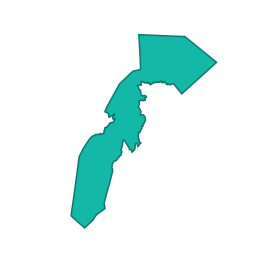 Asunción Tlacolulita, Oaxaca, Mexico, rotated 32°
{"feature_id": "50627088B55334990083111", "entity_name": "Asunción Tlacolulita", "entity_type": "district", "adm_level": 2, "iso_a3": "MEX", "parent_name": "Mexico", "parent_adm1": "Oaxaca", "projection": "equal_earth", "projection_center": [-95.763, 16.21], "detail": "fine", "context": "isolated", "style": "filled", "palette": "teal", "viewbox_px": 256, "rotation_deg": 32, "n_neighbors": 0, "source": "geoboundaries", "source_scale": "gbopen_adm2", "svg_char_len": 5810}
<svg xmlns="http://www.w3.org/2000/svg" viewBox="0 0 256 256"><g transform="rotate(32 128 128)"><path d="M127.4,20.3L127.3,20.6L116.7,26.7L87.7,43.1L99.5,59.7L107.6,71.6L102.0,77.4L97.5,95.0L98.9,121.6L99.8,126.4L100.0,126.4L100.5,126.4L100.8,126.5L103.6,125.9L104.0,126.1L104.8,127.6L106.1,128.8L106.6,128.8L106.8,128.2L107.1,127.6L107.1,127.0L108.1,126.0L108.6,124.7L108.8,123.4L109.1,123.5L109.4,123.6L109.6,124.0L109.6,124.5L109.5,125.4L109.4,126.3L109.4,127.0L109.6,127.6L110.1,128.1L110.7,128.3L111.7,127.6L111.9,127.0L112.2,126.9L112.5,127.2L112.5,127.7L112.1,128.0L111.9,128.6L112.7,129.3L112.5,129.8L112.6,130.6L112.4,131.0L111.9,131.2L111.9,131.6L111.5,131.6L111.5,132.1L111.3,132.5L111.2,132.5L110.6,132.6L110.4,132.7L110.2,133.1L110.2,133.4L110.4,133.6L110.2,133.7L109.9,134.1L110.0,134.3L110.2,134.6L110.0,134.8L110.0,135.3L110.0,135.5L110.3,135.7L110.0,136.0L109.9,136.2L109.8,137.1L109.6,137.9L109.6,138.2L109.4,138.8L108.9,139.2L108.6,139.3L108.6,139.8L108.4,140.1L108.7,140.2L109.0,140.2L109.0,140.4L108.9,140.4L108.7,140.7L109.0,141.5L108.9,142.3L109.2,142.3L109.2,142.6L109.4,143.0L109.5,143.4L109.7,143.5L109.8,143.4L109.9,143.5L110.1,144.3L110.0,144.5L109.9,144.7L109.9,144.8L109.9,145.1L110.0,145.3L110.0,145.6L109.7,145.9L109.9,146.5L109.9,146.8L109.4,147.0L109.2,147.3L108.8,147.2L108.5,147.4L108.1,147.6L107.8,147.5L107.7,147.6L107.4,147.5L106.9,148.0L106.7,149.0L106.4,149.0L106.1,149.4L105.8,149.6L105.4,150.0L105.0,149.9L103.7,150.9L103.8,151.1L103.7,151.9L103.4,152.3L103.0,152.5L102.9,152.8L102.6,153.0L102.4,153.5L101.3,156.4L100.9,168.5L101.7,177.7L103.1,181.2L108.3,192.5L119.4,217.1L123.4,226.3L126.4,232.7L138.9,234.9L140.3,235.0L144.2,235.7L146.9,225.4L147.1,220.2L147.2,218.2L151.2,208.4L147.4,204.1L140.7,181.6L137.8,172.6L137.4,172.0L137.2,171.9L137.1,171.7L136.9,171.7L136.3,171.1L136.2,170.6L135.8,170.6L135.6,170.4L135.3,170.1L135.1,169.6L135.1,169.3L134.5,168.5L134.3,168.1L134.1,167.0L133.5,166.0L133.7,165.7L133.6,165.2L133.6,164.5L133.7,164.1L133.8,163.4L134.5,162.8L134.8,162.6L135.0,162.2L135.4,161.8L135.5,161.1L135.4,159.9L135.3,159.2L135.4,158.6L136.0,156.8L135.8,156.0L136.4,155.0L136.2,153.9L135.9,153.4L135.7,152.2L135.3,152.2L135.2,151.3L135.0,150.8L134.7,150.7L133.8,150.3L133.1,149.6L133.2,148.9L133.2,148.7L133.2,148.3L133.0,147.2L132.9,146.6L132.5,146.2L132.3,145.5L132.0,144.6L131.6,144.2L131.6,143.6L131.5,143.4L131.2,143.3L131.0,142.6L130.7,142.6L130.2,142.0L130.2,141.1L130.4,140.9L131.0,140.9L131.0,140.4L131.4,140.4L132.1,140.4L132.8,140.6L133.2,141.3L133.6,141.5L135.3,142.0L135.7,142.6L136.3,142.5L136.6,142.7L137.3,142.9L137.5,143.5L138.5,143.4L138.9,143.7L139.2,144.2L139.8,144.7L140.1,145.2L140.5,145.3L141.2,145.2L141.6,145.3L142.4,145.1L142.7,144.8L143.0,145.2L143.7,145.8L143.8,146.2L144.2,146.4L145.0,143.5L144.8,142.0L144.7,141.6L144.3,141.2L144.3,140.6L144.0,140.6L144.0,140.3L143.6,139.9L143.5,138.8L143.1,138.8L143.1,138.5L142.7,138.1L142.8,137.2L143.0,137.0L143.1,136.6L143.4,136.3L143.7,136.2L143.9,136.3L144.2,136.6L145.0,137.4L145.8,138.1L146.1,138.5L146.3,138.0L146.3,137.5L146.4,137.0L146.4,136.6L146.1,136.1L146.0,135.8L146.1,135.4L146.5,135.3L146.6,134.9L146.5,134.4L146.8,134.1L146.8,133.8L146.8,133.7L146.7,133.7L146.6,133.8L146.5,134.1L146.4,134.3L146.0,134.4L145.5,134.1L145.2,133.8L145.0,133.6L144.8,133.6L144.6,133.5L144.6,133.2L144.3,132.6L144.0,132.6L143.8,132.7L143.4,132.4L143.4,132.1L143.2,131.8L142.8,131.5L142.5,131.5L142.3,131.4L142.1,130.7L141.8,130.5L141.5,130.0L141.0,129.6L140.6,129.0L140.3,128.4L140.3,128.0L140.2,127.8L140.1,127.3L139.9,126.8L140.0,126.4L139.9,126.1L139.3,125.9L139.3,125.7L139.5,125.6L139.6,125.3L139.7,125.2L140.0,125.3L140.2,125.1L140.4,125.0L140.4,124.9L140.3,124.5L140.1,124.0L140.1,123.5L139.9,123.0L139.8,122.8L139.9,122.5L139.7,122.2L139.7,121.7L139.9,121.2L139.8,120.8L139.5,120.6L139.5,120.3L139.2,120.1L139.0,119.9L138.9,119.7L139.0,119.4L139.7,118.9L139.8,118.6L139.7,118.5L139.3,118.6L138.8,118.6L138.8,118.4L138.8,118.1L139.0,117.8L139.1,117.6L139.0,117.3L139.0,117.0L139.0,116.5L138.9,116.2L138.8,115.2L138.9,114.9L139.0,114.9L139.2,115.0L139.2,114.8L138.9,114.5L138.9,114.2L138.9,113.8L138.8,113.1L138.5,112.1L138.4,111.7L137.9,111.0L137.6,110.6L137.2,110.1L136.8,109.8L135.6,109.2L134.9,108.9L134.0,108.8L133.5,109.0L133.0,109.2L132.2,109.8L131.8,110.0L131.5,110.0L131.1,109.6L130.7,108.1L130.3,107.2L127.8,105.6L127.1,105.2L125.7,104.7L125.4,104.3L125.1,102.3L124.8,101.5L124.4,100.8L123.7,100.1L123.3,99.7L123.0,99.5L123.0,99.2L123.4,99.0L123.6,98.7L124.4,97.4L125.4,97.1L125.9,97.0L126.4,96.8L127.0,96.3L127.5,95.8L127.8,95.2L127.6,94.7L127.3,94.6L126.7,94.7L126.3,94.5L126.2,94.3L126.3,94.0L126.4,93.6L126.8,93.0L127.4,92.4L127.0,91.9L126.2,91.4L125.2,91.5L124.3,92.1L123.5,93.1L122.3,93.0L121.1,92.4L120.3,91.5L119.6,90.5L118.5,89.4L117.4,89.5L116.2,88.8L114.7,87.2L113.6,87.0L115.3,85.3L116.5,84.5L114.5,81.7L114.9,81.6L115.0,81.2L115.4,81.1L115.6,81.5L116.1,81.2L116.1,80.9L116.4,80.7L116.6,81.0L116.8,80.9L117.1,81.0L117.4,80.5L117.8,80.3L118.2,80.4L118.2,80.7L118.6,80.8L118.7,80.4L119.0,80.3L119.2,80.0L119.5,79.8L119.8,79.9L119.8,79.6L120.3,79.4L120.4,78.9L120.8,79.0L121.0,79.4L121.3,79.5L121.4,79.2L121.5,79.1L121.8,78.7L122.1,78.7L122.4,78.6L122.6,78.4L123.0,79.1L123.5,79.4L124.0,79.5L125.5,76.8L125.8,76.0L125.9,75.5L126.5,75.5L126.5,75.0L127.0,74.7L127.5,74.6L127.8,73.9L128.4,73.8L128.6,73.2L128.8,73.1L128.9,73.4L129.3,73.1L129.8,73.0L130.3,72.7L130.5,72.0L130.9,71.9L131.2,70.9L131.7,70.4L132.0,70.9L132.1,71.5L132.5,71.6L132.9,71.4L132.8,71.0L133.8,70.8L134.4,70.5L134.1,69.6L134.6,69.3L134.9,69.7L135.1,69.8L135.7,69.7L136.2,69.7L137.0,70.1L137.2,70.5L138.0,70.3L138.4,70.4L139.0,69.8L138.6,69.5L139.1,69.3L140.2,69.1L140.9,69.1L142.3,67.0L143.0,66.3L155.5,70.5L168.3,25.4L127.4,20.3Z" fill="#14b8a6" stroke="#0f766e" stroke-width="1.5"/></g></svg>